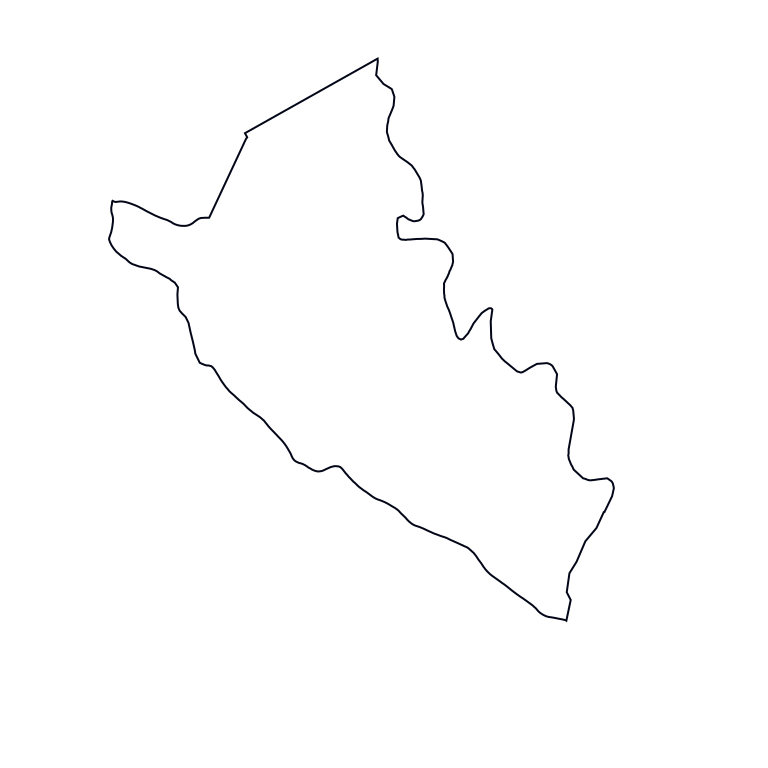 the district of Catin, Laborie, Saint Lucia, rotated 149°
{"feature_id": "8701671B96536961646106", "entity_name": "Catin", "entity_type": "district", "adm_level": 2, "iso_a3": "LCA", "parent_name": "Saint Lucia", "parent_adm1": "Laborie", "projection": "mercator", "projection_center": [-60.98, 13.778], "detail": "fine", "context": "isolated", "style": "outline", "palette": "ink", "viewbox_px": 768, "rotation_deg": 149, "n_neighbors": 0, "source": "geoboundaries", "source_scale": "gbopen_adm2", "svg_char_len": 5904}
<svg xmlns="http://www.w3.org/2000/svg" viewBox="0 0 768 768"><g transform="rotate(149 384 384)"><path d="M374.0,670.6L374.2,665.9L376.0,665.2L448.2,616.6L450.2,617.7L451.8,618.7L453.2,619.4L455.4,620.6L457.7,621.1L460.0,621.0L462.5,620.8L464.9,620.4L467.1,620.4L468.4,620.5L470.8,621.0L472.5,621.7L474.7,623.0L476.6,624.2L477.5,625.0L478.4,625.8L479.6,627.0L480.9,628.6L481.9,630.1L483.1,632.6L485.4,636.2L487.5,638.6L490.5,642.3L493.4,646.3L495.8,650.1L498.3,654.1L500.6,658.1L503.5,662.9L505.6,665.8L508.2,669.1L510.3,671.5L512.4,673.6L513.6,674.6L514.9,675.6L516.4,676.5L518.0,677.2L520.2,678.2L521.4,679.3L522.3,680.8L522.9,680.5L523.5,679.8L524.7,678.1L526.7,676.0L527.9,674.1L529.1,671.6L530.0,668.2L530.9,665.7L532.7,662.8L536.4,658.1L539.7,654.6L542.7,652.1L544.1,650.9L545.2,649.5L545.8,646.7L546.1,643.1L545.9,639.1L545.3,635.3L543.3,629.2L540.9,624.2L539.5,619.3L538.1,616.6L534.4,612.1L533.3,610.8L528.0,606.0L524.5,602.8L521.8,599.6L520.4,597.2L519.3,594.3L515.0,586.8L513.6,584.7L513.0,582.6L511.1,578.6L510.8,573.0L515.0,567.1L519.6,558.6L521.0,555.2L521.4,552.0L520.7,548.2L519.5,543.7L520.1,537.0L523.1,528.2L526.2,518.1L528.8,510.3L530.1,507.2L531.0,497.1L530.2,495.9L529.7,495.2L528.4,493.4L526.6,491.3L524.8,490.2L522.8,488.1L522.2,486.2L521.8,483.4L521.8,479.1L521.7,476.4L521.8,472.0L521.7,469.4L521.4,465.5L521.1,462.5L520.7,460.6L520.2,457.2L519.6,455.2L518.3,451.3L517.6,448.7L516.5,444.9L515.7,442.6L514.6,439.3L513.3,433.5L510.9,426.7L508.6,422.0L507.3,419.2L505.7,414.2L505.4,411.5L504.8,407.1L504.2,404.0L502.8,398.0L501.7,393.0L500.9,389.5L500.5,387.5L500.0,383.7L499.8,380.9L499.8,376.6L499.9,372.3L500.3,369.5L500.5,367.2L500.1,364.6L499.2,362.6L497.5,360.1L496.3,358.9L495.5,358.1L494.8,357.2L493.5,355.1L492.6,353.3L491.8,351.3L490.6,349.4L489.6,347.4L488.3,345.7L486.8,344.0L485.4,342.9L484.2,342.3L482.3,341.5L480.3,341.1L477.7,340.9L472.2,340.2L468.5,339.0L467.2,338.1L466.8,337.8L465.5,336.9L464.2,335.2L463.5,332.7L463.2,330.4L462.9,327.8L462.4,325.2L462.0,322.5L461.4,320.1L460.5,315.9L459.8,314.0L459.2,311.5L458.8,309.9L458.1,307.9L457.0,305.3L456.4,303.7L454.8,300.5L453.8,298.1L452.8,295.6L452.0,293.7L450.9,291.4L450.2,290.2L448.7,288.1L447.8,287.1L446.0,284.8L444.6,282.9L443.1,280.6L441.9,278.5L440.8,276.4L439.9,274.7L438.6,272.4L437.5,270.0L436.7,267.7L436.1,264.5L434.4,258.3L434.0,255.8L433.6,254.1L433.2,252.7L432.5,250.9L432.2,250.0L431.2,248.1L430.2,246.6L428.9,245.1L427.0,242.9L425.3,240.6L423.3,237.7L421.4,234.8L420.1,233.0L418.3,230.3L416.8,228.5L415.3,226.6L413.4,224.2L411.1,221.6L409.7,219.9L408.8,218.5L407.3,216.1L403.2,210.3L398.8,203.8L397.2,201.6L396.3,199.9L395.8,198.4L395.2,196.5L394.6,194.4L394.2,193.2L393.9,191.1L393.6,188.6L393.5,185.0L393.0,180.4L392.9,176.6L392.7,174.9L392.6,173.4L392.2,171.1L391.7,168.9L391.1,166.7L390.3,164.4L389.0,161.4L387.4,157.7L386.2,155.0L385.2,152.5L384.3,150.6L383.4,148.4L382.2,145.2L380.6,140.8L378.7,136.1L376.9,131.9L375.0,128.0L374.3,126.3L373.3,124.0L372.6,122.3L372.1,121.2L371.4,119.5L370.8,118.1L370.2,116.1L369.8,114.8L369.4,113.6L369.0,111.2L368.8,109.8L368.1,107.6L367.2,105.6L366.4,104.1L365.7,103.0L364.6,101.4L363.6,100.3L362.7,99.4L361.2,98.2L360.5,97.6L358.8,96.2L358.2,95.6L356.5,94.1L354.8,92.5L352.4,90.4L349.9,87.9L349.6,87.2L335.2,102.7L334.6,111.4L322.5,126.3L310.4,132.5L292.4,145.5L276.1,151.1L261.6,161.0L261.0,160.7L256.7,163.5L246.2,170.4L240.8,176.1L240.5,176.6L240.3,177.1L239.1,180.8L239.0,182.7L239.2,183.7L241.2,188.2L250.5,192.4L251.2,192.6L256.3,194.9L256.8,195.2L258.0,196.1L259.0,197.2L260.4,199.1L261.9,200.6L265.5,212.9L265.1,216.3L265.1,218.6L264.2,224.2L264.1,224.9L263.7,225.5L262.9,227.8L261.5,229.4L259.5,232.8L240.2,254.9L239.0,256.5L235.4,264.0L234.7,266.6L235.3,269.9L237.9,279.0L238.6,280.9L239.0,282.7L239.3,284.0L240.1,287.5L239.7,289.6L238.7,291.8L238.3,293.0L230.6,303.3L230.4,309.0L230.3,312.2L230.5,313.4L230.8,314.0L231.4,315.4L232.8,317.2L233.6,318.0L242.6,322.5L250.9,322.8L251.4,322.8L254.6,322.7L257.7,322.7L259.6,322.9L261.0,323.5L262.9,325.7L263.5,326.4L267.9,338.9L268.7,341.0L268.9,341.7L269.8,345.1L270.5,350.9L271.5,357.1L270.3,361.7L269.9,363.2L268.5,368.0L260.2,382.8L252.8,392.0L252.8,392.8L253.2,393.7L254.3,394.5L255.3,394.9L260.1,394.8L263.6,394.5L267.0,393.3L275.3,390.1L276.4,389.6L282.0,386.2L283.5,385.5L285.8,384.1L290.8,382.6L292.7,381.9L295.2,382.5L296.7,384.9L296.9,388.0L296.7,388.7L295.8,392.7L294.6,396.3L294.3,397.4L293.1,400.8L292.0,405.9L290.8,411.2L290.2,414.5L289.9,417.6L288.6,423.6L288.2,424.9L287.8,426.6L286.6,428.8L286.0,430.4L283.6,434.7L282.2,436.7L280.8,439.3L278.8,440.6L278.0,441.2L275.6,442.5L274.2,443.4L270.9,445.8L269.7,447.0L269.1,447.2L268.5,447.6L264.1,450.8L263.6,451.4L261.9,453.1L259.0,458.7L258.3,460.2L258.4,463.8L258.6,468.5L259.1,473.4L259.3,474.0L260.3,475.7L263.3,480.0L264.0,480.7L274.0,487.5L276.8,488.9L281.5,491.6L287.2,494.4L288.9,495.4L291.5,496.5L292.5,497.4L293.7,498.1L294.2,498.4L294.6,498.9L295.1,499.4L295.5,500.1L295.9,501.5L296.1,502.0L295.4,503.8L294.4,506.8L294.0,507.6L293.8,508.1L290.7,514.0L290.4,514.6L290.1,515.0L286.8,519.1L284.0,518.8L283.1,518.7L280.8,518.4L280.0,516.6L279.3,515.4L278.9,514.2L278.2,512.6L275.3,508.7L274.2,507.9L273.6,507.6L270.2,506.3L269.3,506.2L268.4,506.2L267.2,506.4L264.1,508.0L262.5,509.2L261.3,511.7L259.6,515.1L258.0,519.0L257.5,520.1L253.6,525.7L252.4,528.2L251.8,530.1L249.7,534.6L247.6,539.5L247.2,542.8L247.2,552.4L247.4,553.5L247.7,557.0L249.7,562.2L250.9,564.8L253.4,570.3L253.9,572.2L254.0,573.5L254.2,574.0L254.2,575.8L254.4,578.2L254.3,583.4L254.2,584.5L254.2,590.0L253.0,593.7L252.3,596.5L251.7,598.6L249.9,601.2L248.3,603.6L246.6,605.5L245.3,606.8L243.2,609.5L240.3,611.6L237.7,613.5L237.3,613.8L236.6,614.3L233.5,616.7L232.6,617.5L232.2,617.9L229.3,621.9L227.2,624.8L225.6,631.8L225.5,632.9L229.9,641.4L230.0,642.1L231.7,652.7L223.3,663.5L221.9,666.2L374.0,670.6Z" fill="none" stroke="#020617" stroke-width="2"/></g></svg>